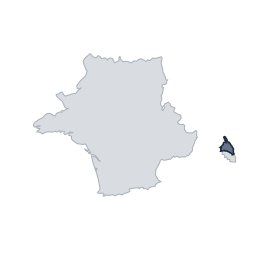 France, with Haute-Corse highlighted, rotated 330°
{"feature_id": "FRA-5297", "entity_name": "Haute-Corse", "entity_type": "Metropolitan department", "adm_level": 1, "iso_a3": "FRA", "parent_name": "France", "parent_adm1": "", "projection": "albers", "projection_center": [9.18, 42.426], "detail": "fine", "context": "in_parent", "style": "filled", "palette": "slate", "viewbox_px": 256, "rotation_deg": 330, "n_neighbors": 0, "source": "natural_earth", "source_scale": "10m", "svg_char_len": 5314}
<svg xmlns="http://www.w3.org/2000/svg" viewBox="0 0 256 256"><g transform="rotate(330 128 128)"><path d="M186.2,106.2L184.8,106.9L183.9,108.4L183.0,108.8L181.4,108.8L180.7,107.8L178.7,108.3L177.9,109.3L179.0,110.6L175.0,115.4L172.6,116.7L171.9,119.9L168.9,122.3L167.8,124.8L167.6,125.3L168.4,126.2L168.0,127.8L166.5,128.9L166.4,129.9L166.8,130.1L169.1,129.3L170.0,128.4L169.6,127.0L172.0,125.4L176.0,125.9L176.4,128.2L175.8,130.0L178.7,134.1L176.1,136.0L175.9,137.2L178.4,141.3L180.0,143.1L179.1,145.8L176.2,147.4L174.4,147.3L173.6,147.7L173.7,148.5L174.8,151.0L177.9,152.7L178.3,154.6L177.4,155.2L175.9,158.0L176.5,159.4L176.2,160.0L176.5,161.0L177.3,162.0L181.5,164.5L185.4,164.1L185.9,165.5L183.4,169.1L183.5,170.8L182.3,170.8L182.1,171.4L179.7,172.5L175.7,176.2L173.8,177.2L173.0,179.1L171.9,180.1L166.3,182.1L165.2,181.6L162.5,181.5L160.8,180.1L157.6,179.1L156.6,177.1L153.6,176.6L153.5,175.2L149.2,176.2L143.3,174.1L141.3,172.0L139.5,172.4L137.9,174.1L131.1,178.2L128.2,182.7L128.3,188.2L129.6,191.0L125.6,190.3L123.2,190.9L122.5,192.0L117.0,190.2L114.8,191.2L114.2,191.0L113.6,189.8L111.0,188.3L111.5,187.4L111.1,186.6L108.6,185.7L107.6,186.4L106.8,184.7L99.8,181.6L98.6,181.5L97.9,183.9L93.3,183.4L92.6,182.8L89.6,183.0L86.6,180.4L83.0,180.4L81.2,177.8L79.1,177.4L76.2,175.8L75.0,175.0L74.9,174.3L73.9,175.2L72.8,174.9L72.6,174.5L73.5,173.3L73.8,171.8L70.3,170.2L69.4,169.0L69.5,168.4L71.5,168.1L73.6,166.2L76.2,158.8L78.6,149.9L79.7,148.3L80.9,147.9L80.1,146.6L78.8,148.1L80.5,139.8L82.5,133.8L85.2,136.7L85.8,137.9L86.3,141.7L87.8,143.4L86.8,141.8L86.3,136.7L85.8,135.3L81.5,130.5L81.5,129.6L83.5,130.3L83.0,127.1L83.3,120.6L80.6,119.6L76.3,116.3L73.8,110.9L73.7,109.0L74.8,107.1L74.2,105.8L73.0,104.8L74.3,103.2L75.2,103.2L78.4,104.6L75.9,102.6L71.5,102.6L69.9,101.8L69.7,100.6L71.1,99.3L69.8,98.1L67.3,98.0L67.1,97.6L67.9,96.6L67.4,96.1L65.3,96.2L64.2,95.7L63.3,94.4L60.1,93.6L59.5,92.8L55.3,90.7L50.6,90.2L49.7,87.6L47.1,85.9L47.8,85.3L50.7,85.0L51.4,84.4L49.5,83.1L48.9,82.0L52.7,82.3L51.2,81.0L47.5,80.5L47.3,79.0L48.0,77.6L50.3,76.6L55.8,76.0L59.6,76.5L62.6,75.2L65.3,75.1L67.7,76.3L70.6,81.1L73.6,79.6L77.7,80.2L78.4,81.4L79.7,79.6L80.5,80.8L85.6,81.1L84.5,80.2L83.8,78.3L84.4,71.6L82.5,66.5L82.1,64.7L82.4,63.2L85.4,63.9L87.9,63.5L89.0,64.1L88.9,67.2L89.7,69.1L96.5,70.5L100.3,71.9L103.8,70.5L107.0,70.1L107.3,69.7L105.5,69.7L103.9,68.7L103.8,67.9L104.9,65.6L109.9,63.4L117.0,61.8L118.9,60.4L121.2,57.9L120.8,57.2L121.8,49.8L123.0,47.4L125.8,45.9L132.5,44.7L133.1,47.1L133.0,48.4L134.6,50.6L135.4,51.3L138.4,50.4L139.6,52.5L139.9,54.7L143.3,55.8L144.2,58.8L144.8,58.2L147.0,58.4L148.0,58.7L149.4,60.1L148.9,61.8L149.4,62.6L148.7,64.2L149.1,64.9L153.2,65.1L154.4,64.5L155.1,62.9L156.3,62.0L156.8,62.3L155.9,65.3L156.4,66.0L156.6,68.2L158.1,68.4L161.0,70.2L163.4,73.2L166.6,72.8L169.0,74.5L171.6,73.8L173.9,74.7L174.8,75.5L176.9,79.5L178.6,78.8L179.8,79.3L180.2,80.4L184.8,79.9L185.7,81.0L186.6,81.4L192.5,83.0L192.5,84.5L189.0,88.6L187.4,94.6L186.4,96.7L186.0,98.2L186.3,99.2L186.1,100.9L185.2,104.8L185.6,105.9L186.2,106.2ZM207.9,187.3L207.6,189.8L208.5,191.6L208.8,198.7L206.9,202.2L206.6,206.4L204.2,211.3L200.5,209.1L199.4,207.9L200.4,206.0L198.3,205.0L198.8,203.1L198.6,202.2L197.1,202.1L197.0,201.6L198.2,200.2L198.1,199.3L196.7,198.2L196.5,197.2L197.8,196.1L197.2,195.1L196.5,194.8L198.3,191.6L199.6,190.6L202.5,189.7L203.6,188.5L205.5,189.2L205.8,188.8L206.4,183.7L207.1,183.6L207.7,184.3L207.9,187.3ZM82.1,127.4L81.5,128.8L80.0,126.0L80.0,124.6L82.1,127.4Z" fill="#d9dde1" stroke="#a8b0b8" stroke-width="1"/><path d="M196.5,194.4L196.7,194.2L196.9,194.3L196.9,194.1L197.0,194.0L197.1,193.9L197.5,193.7L197.7,193.3L197.8,193.0L197.9,192.9L197.7,192.8L197.7,192.7L197.8,192.3L197.9,192.1L198.1,192.0L198.4,191.9L198.4,191.4L198.3,191.2L198.5,191.3L198.7,191.2L198.8,191.3L199.1,191.5L199.3,191.4L199.4,191.2L199.5,191.0L199.6,190.8L199.5,190.6L200.0,190.6L200.7,190.2L202.1,189.9L202.5,189.7L202.6,189.4L203.2,188.6L203.4,188.5L203.7,188.5L204.0,188.5L204.9,188.7L205.1,188.8L205.3,189.0L205.5,189.5L206.0,188.7L206.2,188.2L206.1,187.9L206.2,187.5L206.1,187.2L205.9,187.0L205.7,186.7L206.1,186.2L206.0,185.9L206.0,185.6L206.4,185.2L206.4,184.8L206.3,184.7L206.2,184.4L206.2,184.1L206.2,183.9L206.4,183.8L206.9,183.8L207.2,183.7L207.3,183.9L207.4,184.0L207.7,184.2L207.7,184.3L207.6,184.6L207.6,184.8L207.8,185.0L207.7,185.3L207.9,186.8L207.9,187.3L207.5,188.9L207.5,189.1L207.5,189.4L207.5,189.9L207.4,190.0L207.5,190.1L207.6,190.3L207.7,190.5L207.7,190.8L207.8,191.0L208.0,191.2L208.3,191.3L208.3,191.1L208.2,191.0L208.0,190.5L208.4,191.1L208.5,191.4L208.6,191.7L208.5,192.7L208.6,193.2L208.7,193.5L208.7,193.8L208.6,194.0L208.6,194.3L208.6,194.6L208.6,194.9L208.9,195.6L208.9,195.9L208.8,198.0L208.9,198.4L208.9,198.6L208.9,198.9L208.8,199.0L208.4,199.5L208.1,200.1L207.2,201.4L207.0,201.6L207.0,202.3L206.9,203.3L206.7,203.2L206.4,203.3L205.8,203.7L205.7,203.7L204.8,203.4L205.0,202.8L205.0,202.5L204.9,202.2L204.7,201.6L204.6,200.7L204.0,200.5L203.9,200.4L203.7,200.1L203.6,199.6L203.5,199.3L202.7,198.3L202.6,198.1L202.5,197.6L202.4,197.5L202.3,197.4L202.1,197.4L201.8,197.3L200.5,196.4L200.4,196.1L200.3,195.5L200.1,195.4L199.6,195.5L198.3,195.1L197.2,194.6L196.7,194.5L196.5,194.4ZM207.6,190.0L207.9,190.4L207.6,190.0Z" fill="#64748b" stroke="#1e293b" stroke-width="1.5"/></g></svg>